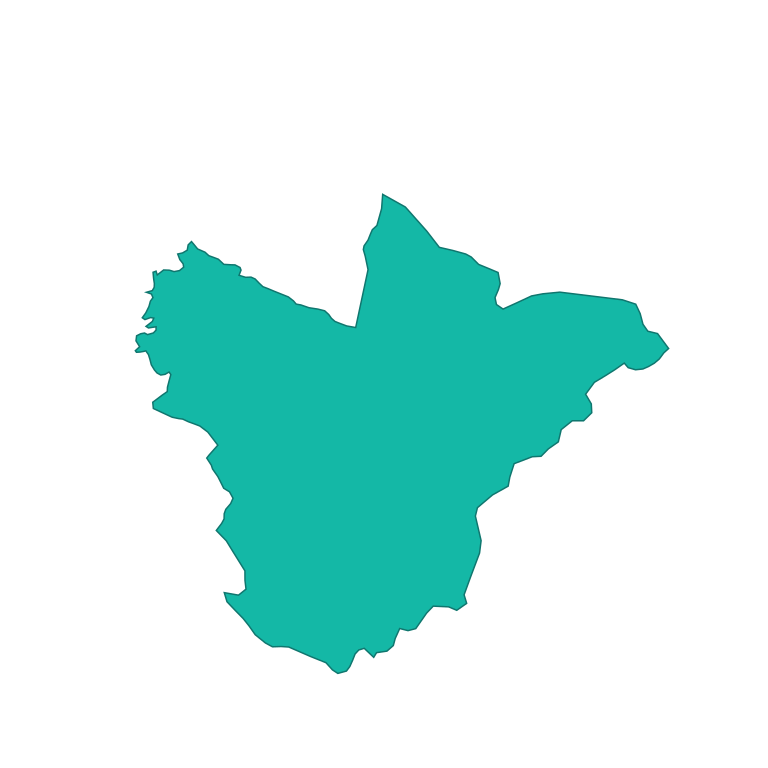 Pokok Sena, Kedah, Malaysia (orthographic projection), rotated 325°
{"feature_id": "92858781B89628207244995", "entity_name": "Pokok Sena", "entity_type": "district", "adm_level": 2, "iso_a3": "MYS", "parent_name": "Malaysia", "parent_adm1": "Kedah", "projection": "orthographic", "projection_center": [100.516, 6.166], "detail": "fine", "context": "isolated", "style": "filled", "palette": "teal", "viewbox_px": 768, "rotation_deg": 325, "n_neighbors": 0, "source": "geoboundaries", "source_scale": "gbopen_adm2", "svg_char_len": 2883}
<svg xmlns="http://www.w3.org/2000/svg" viewBox="0 0 768 768"><g transform="rotate(325 384 384)"><path d="M637.5,518.2L637.0,499.6L630.4,492.1L630.4,483.6L634.2,473.3L636.0,463.0L627.6,451.8L580.7,409.6L565.8,401.2L555.4,396.5L539.5,393.7L524.5,390.9L521.7,383.4L524.5,376.9L532.0,372.2L536.7,368.4L541.4,358.1L536.7,350.6L530.1,340.3L528.3,330.0L525.5,324.4L517.0,314.1L507.7,303.8L506.7,283.2L503.0,251.3L491.7,227.9L482.6,239.0L469.1,250.1L463.0,250.9L459.2,253.2L453.4,257.0L446.9,259.4L444.2,262.0L441.9,268.6L436.5,281.2L393.2,321.5L386.7,315.0L381.7,307.7L379.7,304.6L378.6,300.0L378.6,295.4L377.4,290.0L372.8,284.7L366.3,278.5L361.3,271.6L357.9,268.2L357.5,264.0L355.6,257.8L347.1,244.8L343.7,239.4L340.6,234.8L339.5,229.4L338.7,224.1L336.4,220.2L331.8,217.2L327.6,211.8L332.2,208.7L332.9,206.0L330.3,201.0L327.2,198.7L321.4,194.1L319.9,186.8L317.6,183.4L314.1,178.4L313.0,173.4L308.8,166.5L308.4,161.3L308.0,156.9L303.4,157.7L299.6,161.5L294.2,161.1L289.6,159.2L288.1,165.0L288.4,170.3L286.9,173.4L281.5,173.8L276.5,171.5L273.5,167.7L268.9,164.2L260.8,164.6L262.0,160.8L258.9,160.0L255.8,165.4L253.5,170.0L251.2,173.0L247.8,174.6L242.0,172.6L245.1,176.9L244.3,180.7L240.1,182.2L235.9,185.7L229.7,189.1L224.0,191.1L225.1,194.1L230.9,195.7L233.2,198.0L230.1,199.9L222.1,200.3L223.2,203.0L227.1,204.9L230.1,206.4L228.2,209.1L224.4,209.9L218.6,207.9L217.1,204.9L213.6,203.3L209.0,202.6L205.6,206.4L205.2,213.3L199.4,214.1L199.4,216.0L202.5,217.9L205.9,219.5L207.9,220.2L207.9,224.8L206.3,229.8L204.4,234.8L204.0,240.9L204.4,244.8L206.3,248.6L210.2,250.5L214.8,250.9L214.8,254.0L210.2,257.8L204.8,262.4L202.1,265.9L198.3,265.9L195.6,265.9L184.1,266.3L181.0,271.8L191.4,289.7L196.0,294.6L199.0,297.3L202.1,302.7L205.6,307.7L209.0,312.7L212.1,322.3L212.8,338.8L200.2,341.8L196.3,343.0L196.0,351.4L194.8,355.3L194.8,359.9L194.8,364.5L194.0,370.2L192.9,377.5L195.6,383.7L194.8,391.0L189.8,394.0L182.5,395.9L178.7,398.6L175.6,402.8L171.0,405.1L167.2,406.3L162.6,407.8L164.9,422.0L164.1,435.1L162.9,457.3L157.5,465.1L153.3,472.9L143.7,473.5L133.5,463.3L130.5,472.3L132.3,484.3L134.1,495.1L134.7,504.7L134.7,515.5L138.3,528.1L141.9,535.3L149.1,540.0L155.1,544.8L167.6,565.2L176.6,579.0L177.8,588.6L180.2,594.6L188.6,597.6L194.0,595.8L200.0,592.2L205.4,588.6L210.8,587.4L216.2,589.2L218.8,602.0L223.8,599.8L233.2,604.5L241.6,603.6L247.2,598.9L256.6,593.3L262.2,599.8L269.7,602.6L287.5,596.1L296.9,594.2L309.1,603.6L313.8,611.1L325.9,611.1L328.7,602.6L344.7,591.4L365.3,577.3L373.7,568.0L383.1,544.6L389.6,538.9L409.3,537.1L427.1,538.9L433.7,532.4L444.9,523.9L463.7,528.6L471.2,533.3L481.5,531.4L493.6,531.4L503.0,523.0L517.1,522.1L526.4,528.6L537.7,526.7L542.4,519.2L543.3,508.0L557.3,503.3L570.5,504.2L581.4,504.7L592.8,504.7L593.4,510.7L598.2,516.6L604.7,520.2L610.7,521.4L617.3,522.0L623.9,521.4L631.1,519.0L637.5,518.2Z" fill="#14b8a6" stroke="#0f766e" stroke-width="1.5"/></g></svg>